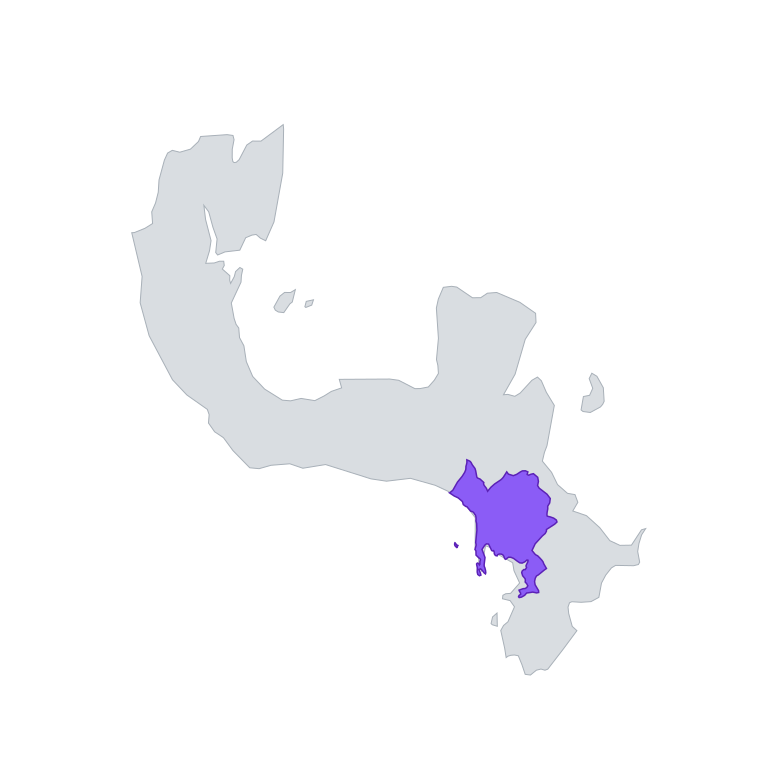 Panama, with Ngöbe Buglé highlighted, rotated 217°
{"feature_id": "PAN-3454", "entity_name": "Ngöbe Buglé", "entity_type": "Indigenous Territory", "adm_level": 1, "iso_a3": "PAN", "parent_name": "Panama", "parent_adm1": "", "projection": "natural_earth1", "projection_center": [-81.839, 8.721], "detail": "fine", "context": "in_parent", "style": "filled", "palette": "violet", "viewbox_px": 768, "rotation_deg": 217, "n_neighbors": 0, "source": "natural_earth", "source_scale": "10m", "svg_char_len": 5911}
<svg xmlns="http://www.w3.org/2000/svg" viewBox="0 0 768 768"><g transform="rotate(217 384 384)"><path d="M676.5,353.0L674.5,354.7L668.6,364.5L665.4,372.9L673.1,381.7L675.4,391.1L679.7,401.3L686.5,411.6L694.1,430.6L695.8,438.2L693.7,443.2L686.6,446.2L679.9,455.1L678.1,466.0L679.4,471.3L659.4,488.7L654.2,491.6L650.8,488.9L646.5,480.2L641.3,473.2L638.6,470.7L637.0,470.6L635.4,472.2L634.7,476.0L637.4,492.3L635.2,498.9L628.4,504.0L620.6,530.5L617.6,527.2L591.8,491.5L569.4,447.2L564.7,427.2L570.5,426.1L576.1,426.5L579.1,423.4L582.5,417.6L579.7,404.1L590.5,393.8L594.5,386.9L597.5,387.7L604.6,399.4L614.9,406.2L627.6,416.0L635.4,418.3L625.5,408.0L608.4,394.4L603.6,385.5L599.0,373.1L592.4,378.5L589.3,383.0L585.9,385.6L582.9,382.5L582.3,378.5L572.3,377.7L569.7,374.0L567.0,372.0L568.2,379.7L570.2,384.5L569.2,390.3L565.9,390.7L563.1,384.7L559.5,379.3L554.7,356.8L543.2,346.2L538.0,342.6L533.7,341.3L527.3,334.1L518.9,330.2L507.4,319.0L493.4,311.0L476.3,308.1L455.5,309.9L448.5,314.3L443.7,320.0L441.5,322.6L429.2,329.1L424.6,338.5L421.6,346.4L415.5,355.4L422.5,360.8L382.4,391.4L374.5,395.8L356.5,398.9L352.3,402.2L346.8,408.3L346.1,417.4L346.9,425.2L352.2,431.3L356.8,435.1L368.0,453.2L387.9,476.2L391.7,484.5L394.8,496.9L388.8,502.7L384.2,505.2L365.3,506.1L358.7,511.1L356.1,518.7L349.1,524.9L324.7,531.0L305.5,531.7L299.6,524.6L298.1,504.7L285.2,470.7L282.1,447.3L278.9,450.2L272.1,452.9L269.8,458.7L268.1,476.0L265.6,481.9L260.3,481.3L249.4,475.1L235.1,469.4L216.7,432.8L214.7,425.9L211.1,417.7L197.0,414.3L184.9,408.1L171.7,407.1L164.9,410.6L158.0,406.2L156.8,396.2L143.0,400.7L125.2,399.1L109.4,394.8L98.5,397.1L89.4,404.2L90.6,422.5L88.0,426.0L87.5,418.6L84.4,410.0L80.6,402.9L72.6,395.6L72.2,392.9L75.3,389.1L89.9,378.5L91.7,374.0L91.9,364.8L90.5,355.9L84.0,342.9L87.7,334.8L95.2,328.3L102.9,323.2L104.2,321.0L102.8,316.6L98.3,311.8L87.8,303.7L81.5,303.1L81.3,279.7L81.6,254.8L83.2,252.3L87.1,250.8L90.1,247.1L91.9,239.7L96.5,237.1L104.8,242.8L113.2,247.8L116.7,246.1L119.4,243.7L121.2,241.2L121.8,239.0L128.6,245.6L142.4,257.4L143.2,263.1L141.9,268.7L145.7,284.6L152.9,286.9L160.1,283.8L161.9,286.8L160.6,289.7L156.9,293.0L155.9,306.7L167.8,313.1L173.7,318.7L193.3,316.1L200.6,317.5L205.5,315.9L200.0,304.9L192.7,296.8L193.3,293.2L198.9,295.9L203.1,301.4L212.8,308.2L230.6,332.1L251.0,337.9L267.1,337.1L282.2,333.9L306.1,324.6L323.5,307.9L337.3,300.4L382.2,284.5L398.1,267.9L404.8,265.7L411.2,263.6L425.3,251.1L432.8,241.2L440.8,236.3L464.5,239.9L479.9,244.5L490.5,243.9L500.7,247.2L505.2,254.3L509.8,257.4L534.9,256.6L555.5,260.1L600.6,281.2L627.6,302.1L641.9,324.3L676.5,353.0ZM224.5,517.7L218.6,518.3L206.6,513.0L197.8,502.7L197.1,499.4L197.3,496.0L202.1,485.4L208.5,481.8L211.0,481.9L217.2,494.0L213.0,498.7L214.7,506.2L223.4,511.8L224.5,517.7ZM513.7,400.8L511.6,406.0L506.6,394.3L507.4,391.3L507.0,380.7L511.8,377.9L515.3,377.6L518.2,379.1L520.0,391.6L518.5,397.3L513.7,400.8ZM157.1,263.3L155.9,269.1L147.7,258.7L152.6,256.9L154.3,257.1L157.1,263.3ZM495.8,403.2L491.0,408.8L489.2,403.5L492.5,398.1L493.7,398.1L495.8,403.2Z" fill="#d9dde1" stroke="#a8b0b8" stroke-width="1"/><path d="M181.3,317.2L182.3,317.1L183.6,317.8L184.7,318.6L186.5,319.1L188.0,318.7L189.6,317.6L190.5,316.2L190.2,314.8L191.4,314.2L192.3,314.2L193.8,314.8L194.0,315.2L195.1,316.3L196.2,316.9L196.7,316.1L197.8,315.8L204.1,319.1L206.0,318.0L206.5,315.9L206.2,310.9L198.9,306.2L195.2,299.8L194.2,298.7L192.8,297.9L190.8,296.3L189.1,294.5L188.7,293.4L190.4,293.4L193.1,294.2L195.6,294.5L196.7,293.0L193.3,291.1L191.6,289.7L192.4,288.3L194.5,288.3L196.4,289.9L198.9,293.4L201.4,295.6L201.8,296.1L201.7,297.2L200.8,297.5L199.7,297.3L198.9,296.9L198.9,297.7L199.8,298.9L200.6,300.0L201.2,301.8L202.0,302.2L203.4,302.2L205.9,302.5L207.5,302.7L210.1,306.0L211.8,306.6L213.4,310.7L213.9,311.3L215.4,312.6L221.8,323.1L226.1,328.4L228.2,330.0L228.9,331.2L230.0,332.6L231.3,333.8L232.2,334.4L233.2,334.6L235.1,335.3L236.4,335.3L238.3,334.6L243.9,335.9L245.1,335.4L248.1,335.4L250.6,337.3L256.4,337.7L260.5,336.8L266.1,336.5L265.8,336.9L265.8,337.6L265.1,340.7L266.3,349.9L266.0,357.4L266.4,362.0L267.1,364.6L268.0,366.2L268.8,367.2L269.3,368.3L269.7,369.4L270.6,371.3L272.2,373.3L269.3,374.0L268.4,374.0L267.2,373.7L264.9,372.6L260.5,371.3L258.7,370.0L253.8,365.5L252.8,365.2L250.1,365.9L245.0,365.4L244.5,364.3L243.9,363.8L242.7,363.2L239.4,362.3L236.7,360.7L236.5,365.8L235.5,370.7L233.1,377.6L232.7,379.7L232.6,381.5L233.1,387.7L230.4,386.9L225.6,388.6L223.7,391.6L222.2,395.8L221.2,397.9L218.8,399.8L216.2,400.4L215.2,397.9L213.6,398.2L212.4,400.3L210.7,402.3L205.1,402.0L202.0,399.1L200.2,395.3L197.4,394.2L187.5,394.1L182.3,392.6L180.1,388.7L179.7,384.9L178.1,382.9L176.3,379.3L175.1,377.5L174.1,376.7L173.1,377.1L171.3,377.9L167.8,379.0L164.5,379.1L162.8,377.9L163.3,374.9L166.7,365.6L165.7,364.2L165.3,361.6L166.1,357.9L167.1,347.4L165.6,340.1L161.1,339.0L160.2,338.9L158.7,339.1L158.1,339.3L155.2,338.9L151.9,338.3L150.0,337.7L148.1,336.5L143.4,334.5L143.2,334.4L144.0,332.0L144.9,328.3L145.9,324.3L146.7,322.5L146.3,319.9L144.9,316.9L142.5,314.6L138.4,312.9L136.2,312.0L135.0,310.6L136.4,309.0L140.0,307.3L141.5,305.7L144.3,302.9L144.5,299.9L145.9,296.6L147.5,294.8L148.5,295.0L148.9,296.4L148.3,298.3L149.1,299.2L151.3,300.1L152.1,300.6L151.1,302.2L149.7,304.3L148.1,305.7L147.5,307.6L147.7,309.4L149.9,310.4L152.1,310.8L152.9,312.2L154.1,313.4L157.9,314.3L160.5,316.2L161.1,317.8L160.7,319.9L159.5,320.8L159.7,323.2L161.1,324.1L161.5,325.3L162.1,328.5L162.9,329.9L163.9,329.5L164.5,326.7L165.9,324.1L167.9,322.9L171.1,322.7L175.5,322.7L178.3,322.0L180.3,320.6L181.1,317.8L181.3,317.2L181.3,317.2ZM228.2,297.2L228.5,297.5L229.1,297.7L229.3,297.4L229.8,297.5L230.4,297.8L231.0,298.3L231.4,298.8L231.5,299.2L231.8,299.6L231.8,299.9L231.3,299.9L230.8,299.6L229.9,299.5L228.8,299.3L228.3,299.3L227.8,299.5L227.7,298.7L227.4,298.1L227.2,297.6L227.4,297.2L228.2,297.2Z" fill="#8b5cf6" stroke="#5b21b6" stroke-width="1.5"/></g></svg>